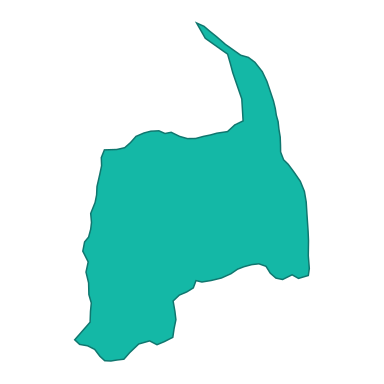 outline of São Félix, Bahia, Brazil
{"feature_id": "56859067B78979447599301", "entity_name": "São Félix", "entity_type": "district", "adm_level": 2, "iso_a3": "BRA", "parent_name": "Brazil", "parent_adm1": "Bahia", "projection": "robinson", "projection_center": [-38.997, -12.663], "detail": "fine", "context": "isolated", "style": "filled", "palette": "teal", "viewbox_px": 384, "rotation_deg": 0, "n_neighbors": 0, "source": "geoboundaries", "source_scale": "gbopen_adm2", "svg_char_len": 1460}
<svg xmlns="http://www.w3.org/2000/svg" viewBox="0 0 384 384"><path d="M196.6,23.0L205.3,38.3L222.6,50.6L227.6,54.1L230.4,63.8L232.8,72.8L241.8,99.0L243.1,120.9L234.8,124.9L227.5,131.6L216.8,133.2L210.3,135.0L203.4,136.4L195.7,138.5L187.4,138.6L179.6,136.4L171.2,132.3L165.0,133.5L158.9,130.8L150.8,131.2L143.9,133.0L136.0,136.4L130.4,142.7L124.7,147.7L116.8,149.5L104.4,149.9L101.3,157.6L101.6,165.7L99.8,174.3L97.0,186.5L96.6,195.0L95.1,202.5L90.7,213.5L91.5,222.5L90.7,229.3L88.6,237.1L84.6,241.9L82.8,251.2L88.2,261.9L86.0,272.1L88.6,282.9L88.9,294.6L91.3,303.0L90.5,311.3L90.1,322.2L74.7,339.8L79.6,344.4L87.6,345.8L94.7,349.4L100.0,356.4L104.7,360.7L110.9,361.0L117.0,360.0L123.9,359.2L129.7,352.6L138.7,344.0L149.6,340.9L157.0,344.7L164.4,341.6L172.8,337.3L174.1,328.5L175.9,319.7L174.9,311.3L173.1,301.0L179.3,295.1L186.8,291.9L193.3,287.9L196.0,280.6L201.9,282.0L211.2,280.5L221.4,278.0L231.0,273.7L237.5,269.2L244.0,266.7L251.8,264.6L258.9,263.8L266.0,266.3L270.3,273.2L275.9,278.1L282.6,279.5L292.1,274.8L298.5,278.4L308.3,275.5L309.3,268.5L308.3,255.7L308.5,240.7L308.1,231.4L306.9,213.5L306.2,202.0L304.4,191.4L300.3,181.3L293.9,172.0L288.2,164.3L283.6,159.8L280.6,152.0L280.5,145.2L280.2,137.1L278.9,129.1L278.1,121.6L276.3,115.2L275.3,108.6L273.5,101.1L270.7,92.7L266.9,81.4L262.3,71.7L254.9,62.3L248.4,57.4L240.7,55.2L233.2,49.9L225.4,44.4L216.8,36.9L209.7,31.2L204.0,26.3L196.6,23.0Z" fill="#14b8a6" stroke="#0f766e" stroke-width="1.5"/></svg>